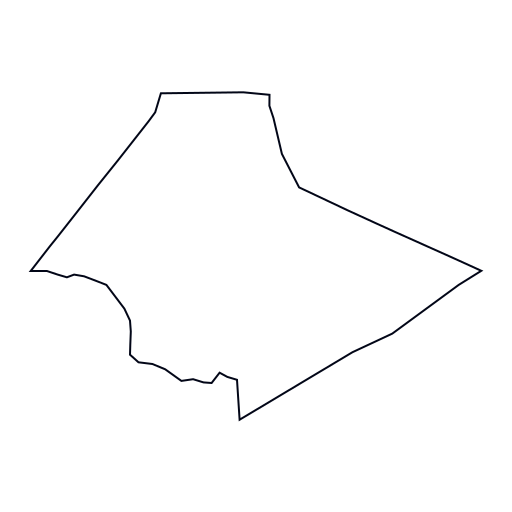 Uruburetama, Ceará, Brazil (Equal Earth projection)
{"feature_id": "56859067B57061783271983", "entity_name": "Uruburetama", "entity_type": "district", "adm_level": 2, "iso_a3": "BRA", "parent_name": "Brazil", "parent_adm1": "Ceará", "projection": "equal_earth", "projection_center": [-39.531, -3.622], "detail": "fine", "context": "isolated", "style": "outline", "palette": "ink", "viewbox_px": 512, "rotation_deg": 0, "n_neighbors": 0, "source": "geoboundaries", "source_scale": "gbopen_adm2", "svg_char_len": 689}
<svg xmlns="http://www.w3.org/2000/svg" viewBox="0 0 512 512"><path d="M239.6,419.7L352.5,352.2L392.3,333.6L458.7,284.9L481.3,270.8L454.3,258.5L394.5,231.7L376.0,223.3L347.4,210.2L299.1,187.4L281.9,153.9L273.5,118.2L269.4,105.8L269.5,94.8L243.2,92.3L160.9,93.3L155.2,112.3L148.5,121.4L117.9,160.4L97.9,185.3L74.9,214.7L58.0,236.2L49.7,246.5L30.7,271.0L46.9,271.0L57.7,274.6L66.9,277.3L74.1,274.6L84.1,276.3L96.7,281.1L106.4,284.9L113.9,294.8L124.4,308.7L130.0,320.6L130.8,331.5L130.3,344.4L130.0,354.7L138.5,362.3L152.4,364.0L165.2,369.3L181.4,380.9L193.1,379.2L203.5,382.4L211.6,383.0L219.6,372.7L227.3,376.9L237.0,379.8L239.6,419.7Z" fill="none" stroke="#020617" stroke-width="2"/></svg>